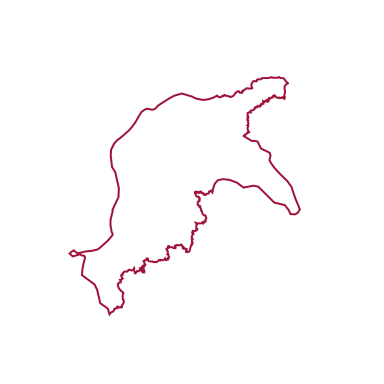 Walungu, Sud-Kivu, Democratic Republic of the Congo (Albers equal-area conic projection), rotated 313°
{"feature_id": "63176286B8564391110970", "entity_name": "Walungu", "entity_type": "district", "adm_level": 2, "iso_a3": "COD", "parent_name": "Democratic Republic of the Congo", "parent_adm1": "Sud-Kivu", "projection": "albers", "projection_center": [28.724, -2.771], "detail": "fine", "context": "isolated", "style": "outline", "palette": "rose", "viewbox_px": 384, "rotation_deg": 313, "n_neighbors": 0, "source": "geoboundaries", "source_scale": "gbopen_adm2", "svg_char_len": 6080}
<svg xmlns="http://www.w3.org/2000/svg" viewBox="0 0 384 384"><g transform="rotate(313 192 192)"><path d="M66.1,144.6L63.5,144.5L63.6,148.8L69.9,152.4L70.4,154.6L71.8,156.5L71.3,158.4L63.4,162.8L59.6,165.4L56.2,168.2L57.9,183.8L55.8,189.3L48.1,200.7L49.3,210.0L46.3,215.1L48.8,214.9L50.4,215.7L52.6,215.7L53.3,215.5L53.6,214.9L55.9,216.1L56.1,216.5L57.2,215.5L57.7,215.8L57.9,217.3L58.4,218.0L59.1,218.2L59.6,219.3L60.1,219.3L61.2,218.1L62.3,218.1L64.1,217.4L64.8,217.5L66.4,215.7L66.1,215.2L66.7,214.0L70.1,211.0L70.9,211.1L71.6,210.3L71.2,207.2L71.6,206.6L71.4,205.7L71.8,203.7L73.9,200.6L74.3,200.8L75.7,200.4L76.6,200.8L77.0,201.4L77.4,200.9L78.2,200.9L78.7,199.3L79.8,200.2L81.5,200.3L81.6,199.0L82.8,197.0L84.0,197.8L84.9,196.7L86.6,197.0L86.9,196.7L88.3,197.2L89.7,199.0L90.5,199.0L91.1,198.7L92.3,199.0L93.5,201.4L95.0,202.1L96.9,201.6L96.7,202.0L95.0,202.6L94.7,204.4L93.8,205.3L94.0,206.2L96.8,205.7L97.5,206.9L99.6,207.1L100.3,206.8L100.7,205.9L101.1,206.2L101.5,206.8L101.3,207.2L100.0,207.7L99.6,210.2L100.1,211.4L100.7,210.7L101.3,211.3L101.4,210.8L101.1,210.1L101.8,210.4L102.2,210.2L102.2,209.7L102.7,209.5L102.7,209.2L102.4,209.3L102.2,208.9L102.6,208.8L103.1,206.5L103.9,206.4L103.7,207.0L104.3,207.0L104.5,207.9L105.7,207.7L105.8,207.1L106.8,207.6L107.0,207.5L106.5,206.8L107.3,206.3L108.5,203.7L109.4,204.4L110.1,204.1L111.5,205.1L112.5,204.2L113.2,205.2L112.0,206.5L111.9,207.5L113.9,210.5L114.2,210.5L114.8,212.1L115.6,212.6L116.0,213.4L117.3,214.2L119.7,214.2L120.0,215.3L120.8,215.1L122.2,217.3L123.6,217.8L124.3,217.7L124.0,218.0L124.2,218.9L124.5,219.2L125.1,218.6L125.3,218.8L125.0,219.5L125.5,219.5L125.9,220.2L126.3,220.1L126.6,220.4L126.9,219.7L127.3,219.9L127.8,219.3L128.7,219.7L130.1,217.2L129.8,216.7L130.5,216.7L130.8,215.7L132.1,214.7L132.7,212.2L135.5,213.0L135.8,212.5L135.5,211.7L136.3,211.5L136.7,211.8L136.5,213.4L137.7,214.7L139.0,217.8L139.8,218.2L140.6,217.6L140.6,216.4L141.4,216.2L143.2,217.3L143.5,218.4L144.5,219.2L146.0,219.7L146.4,220.5L145.5,222.0L145.8,222.5L144.5,223.8L144.8,224.6L145.6,224.3L145.3,225.1L145.9,225.5L146.6,226.8L145.9,227.0L145.5,228.1L144.8,227.8L144.1,228.3L145.0,229.2L145.0,229.8L146.9,230.6L152.7,227.5L153.4,228.0L154.8,227.4L154.8,226.9L155.3,226.9L155.7,226.4L155.5,225.9L156.0,225.4L157.0,224.7L157.7,224.7L157.5,223.9L158.4,223.7L158.7,222.6L161.0,221.5L162.5,221.7L162.8,221.1L162.2,220.7L162.5,219.7L164.1,219.0L165.2,220.6L166.9,221.4L168.2,221.5L168.5,221.0L168.0,220.2L170.4,218.0L171.4,217.9L172.1,215.9L172.7,217.4L174.8,219.6L176.3,220.6L176.8,220.4L176.6,221.4L177.1,221.2L177.6,221.7L178.7,221.1L179.0,221.9L180.0,222.0L180.9,220.7L182.5,220.5L184.0,217.8L183.3,217.1L183.1,215.3L183.6,213.9L184.7,212.4L184.6,211.3L185.8,210.3L186.0,209.1L186.6,208.4L186.2,207.7L187.0,207.4L186.7,207.0L187.0,206.7L186.4,205.0L188.9,202.9L190.3,203.6L191.1,202.7L191.4,203.0L192.5,202.2L193.0,200.5L192.5,200.5L192.6,199.6L192.1,199.1L191.9,198.0L193.3,194.7L193.6,194.4L193.8,194.8L194.9,194.5L195.7,195.6L194.6,196.1L196.3,196.9L195.9,197.6L197.2,198.1L198.0,197.8L198.4,198.3L198.1,198.4L197.7,199.7L198.1,199.9L198.8,201.3L198.5,201.6L198.8,202.4L198.2,202.5L198.6,203.6L199.3,204.0L200.9,204.0L202.0,205.1L203.6,204.8L203.9,204.2L204.2,204.2L205.1,205.1L206.0,205.0L205.6,207.2L209.3,204.9L213.9,202.9L218.6,203.0L222.5,205.9L226.4,211.0L229.5,218.6L230.4,226.7L238.5,232.6L241.1,236.8L240.4,259.4L245.7,268.8L244.7,275.1L243.0,279.1L246.0,282.7L248.9,283.5L252.9,282.7L257.7,272.1L263.6,261.2L265.0,254.3L265.3,243.1L265.9,235.7L267.0,230.1L268.1,226.9L272.1,224.7L273.7,222.2L270.8,212.8L273.6,205.7L272.6,203.6L270.1,200.9L268.2,191.6L269.9,191.5L270.3,192.1L272.1,192.1L274.3,192.8L274.1,192.2L274.8,192.3L274.8,191.4L275.4,191.0L275.5,190.4L276.7,188.9L278.4,188.4L278.5,187.0L279.4,187.3L280.6,186.6L280.8,185.8L282.4,184.5L282.1,184.1L282.3,183.7L282.8,183.8L283.1,182.8L283.4,182.4L284.7,182.7L285.2,182.0L285.2,181.0L285.8,181.1L286.7,179.6L287.9,178.8L289.1,179.4L290.3,180.8L290.9,179.5L291.4,179.4L292.0,179.6L293.1,180.7L294.8,181.2L295.5,180.7L296.2,181.1L296.5,180.7L296.9,181.0L297.3,180.6L297.6,180.6L298.4,181.7L299.7,181.2L300.1,182.5L300.7,182.7L300.7,183.4L301.6,183.5L301.8,183.2L302.3,183.2L302.5,182.6L303.3,182.5L304.0,182.9L303.8,183.3L304.3,183.3L305.1,184.0L306.9,182.1L307.1,183.0L307.6,183.2L307.4,183.6L308.3,183.6L308.8,184.1L309.4,183.6L309.8,183.8L309.3,184.2L309.6,184.5L309.3,185.5L310.1,185.9L311.0,186.0L311.5,185.5L311.0,185.1L312.6,184.3L312.9,184.7L313.5,184.5L313.6,185.5L315.5,185.8L316.0,186.5L317.0,185.8L317.9,185.8L318.3,186.3L317.9,186.9L318.1,187.1L319.1,186.8L318.7,189.3L319.8,190.7L319.8,191.3L320.7,191.6L320.7,192.4L321.5,193.0L321.9,193.3L322.6,193.2L323.3,193.8L322.9,194.6L323.2,196.0L324.6,195.4L325.3,194.0L326.3,193.1L328.7,191.9L330.9,189.0L332.3,187.8L334.5,187.3L336.8,188.1L337.1,187.4L336.9,185.7L337.7,181.6L335.6,178.7L335.4,177.2L334.4,177.1L330.3,172.8L330.4,172.4L329.7,171.3L327.9,170.6L323.0,165.5L321.8,165.6L320.5,164.9L320.0,163.8L319.3,163.3L318.1,163.0L317.5,163.7L316.8,163.6L315.5,161.8L314.5,161.2L311.4,161.9L310.0,163.1L309.1,165.2L308.8,165.2L306.9,163.7L305.1,161.1L302.9,160.9L301.7,160.2L301.1,160.6L300.3,160.0L299.2,160.2L299.2,160.9L298.9,161.0L297.2,159.3L297.2,158.7L297.7,158.1L297.6,157.4L295.7,156.2L294.6,156.6L293.5,156.2L290.9,156.7L288.6,156.0L288.1,155.2L287.5,155.1L286.8,152.8L285.3,150.9L285.3,149.7L284.3,149.2L283.5,149.6L282.5,148.5L281.2,148.5L280.2,147.9L279.4,145.7L279.6,144.6L275.9,143.4L272.0,141.4L268.2,138.6L266.2,136.3L263.0,131.0L261.8,126.9L257.1,117.4L250.2,113.3L245.1,111.6L235.2,109.0L231.9,108.3L228.4,108.3L226.3,107.8L225.0,106.7L222.3,102.4L220.5,101.4L217.4,100.7L215.4,100.5L204.1,103.1L197.5,103.8L193.1,103.8L182.6,102.7L179.1,102.0L174.4,102.0L167.8,104.0L163.3,107.6L155.8,116.4L154.1,122.4L145.0,135.8L138.1,141.7L124.5,146.1L124.0,147.0L116.1,151.4L112.2,154.9L107.8,160.8L107.1,162.8L106.0,163.3L98.6,163.6L90.1,162.9L85.7,162.2L80.7,158.9L75.4,154.3L70.9,151.5L69.3,149.8L68.8,148.4L68.7,145.4L66.1,144.6Z" fill="none" stroke="#9f1239" stroke-width="2"/></g></svg>